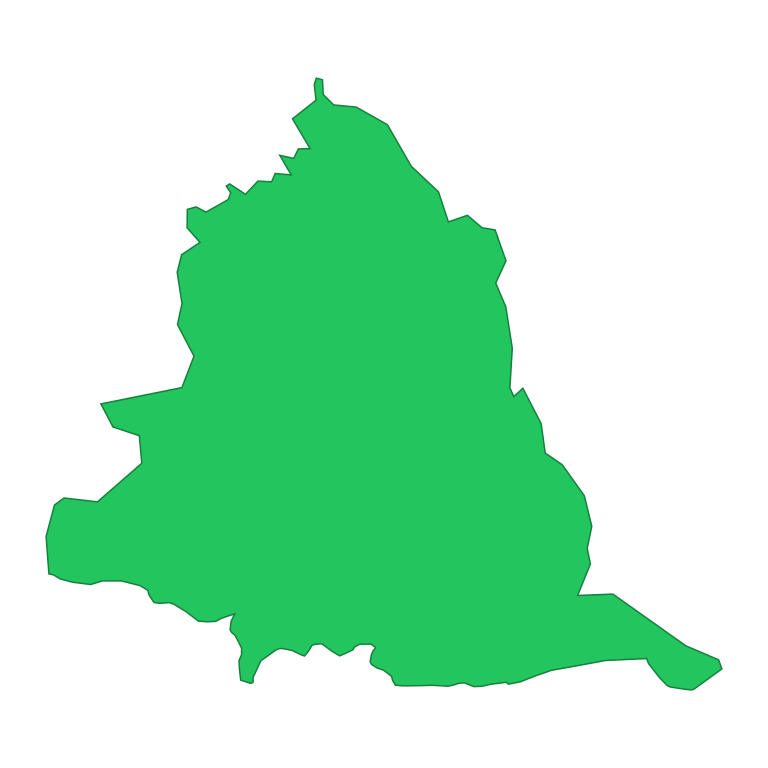 outline of Gevgelija, Gevgelija, North Macedonia
{"feature_id": "65306769B17532316382540", "entity_name": "Gevgelija", "entity_type": "district", "adm_level": 2, "iso_a3": "MKD", "parent_name": "North Macedonia", "parent_adm1": "Gevgelija", "projection": "equal_earth", "projection_center": [22.386, 41.253], "detail": "fine", "context": "isolated", "style": "filled", "palette": "green", "viewbox_px": 768, "rotation_deg": 0, "n_neighbors": 0, "source": "geoboundaries", "source_scale": "gbopen_adm2", "svg_char_len": 2123}
<svg xmlns="http://www.w3.org/2000/svg" viewBox="0 0 768 768"><path d="M181.6,254.7L177.2,272.2L182.0,303.7L177.5,324.6L194.0,356.2L181.9,387.6L100.9,403.9L113.0,427.0L139.3,435.7L141.8,463.2L97.4,501.9L64.1,498.0L54.5,505.0L46.1,536.4L48.9,573.9L53.8,575.0L60.2,578.9L72.4,582.2L90.7,584.5L102.4,580.9L118.0,580.9L121.8,581.0L140.0,585.6L147.9,590.4L148.4,592.9L149.5,595.8L153.9,602.4L159.2,603.3L163.0,603.1L169.2,602.6L173.9,604.3L186.1,611.7L198.4,621.1L206.8,621.8L215.6,621.4L220.6,618.7L226.9,616.4L234.7,613.9L231.1,621.3L230.1,629.9L230.8,631.1L231.3,632.1L232.5,633.2L234.9,635.1L239.4,643.6L241.6,648.2L241.5,654.8L239.0,660.6L239.5,669.7L240.7,680.1L250.3,683.3L253.0,682.6L253.2,680.2L253.0,677.7L260.8,660.9L275.6,650.2L279.6,648.5L283.8,648.7L292.5,650.6L301.3,654.9L304.5,656.0L308.5,651.2L312.0,645.3L314.8,644.4L320.1,643.9L321.9,643.8L332.4,651.6L339.7,655.9L352.7,650.0L354.6,647.0L359.7,644.2L371.1,644.1L374.9,646.9L375.3,648.1L373.6,650.1L371.6,654.1L370.5,659.5L370.2,662.0L371.6,664.5L377.3,668.1L383.0,670.0L384.9,671.2L391.5,676.3L392.7,680.6L395.4,685.2L403.2,685.9L422.4,685.6L432.2,685.3L448.0,686.2L453.4,685.1L458.7,683.3L464.5,682.9L473.9,686.6L481.9,686.3L490.6,684.3L506.3,682.3L508.4,684.2L520.3,681.8L535.1,676.0L551.5,670.3L569.6,667.1L599.5,661.6L601.4,661.2L603.2,660.9L605.5,660.5L628.2,659.4L646.7,658.6L648.5,663.6L659.9,678.1L667.7,686.0L670.7,687.1L686.2,689.4L690.9,689.9L693.5,689.5L721.9,668.9L718.6,659.8L685.8,645.8L612.9,594.1L577.6,595.5L590.4,564.0L587.2,548.4L591.8,526.3L584.3,495.7L562.2,464.7L545.2,453.1L541.2,423.7L522.9,388.3L513.8,396.5L509.9,387.9L512.3,348.2L505.8,306.8L495.7,283.1L506.0,260.8L495.1,229.9L482.1,227.8L467.4,215.3L448.4,221.9L438.5,191.9L411.3,166.3L387.4,124.7L356.2,107.1L333.6,104.9L323.2,94.5L322.5,79.8L316.3,78.1L314.3,84.5L316.0,100.2L292.5,118.8L310.1,148.7L298.4,148.9L293.7,158.4L279.8,155.3L291.2,174.9L275.2,173.5L271.6,181.8L257.9,181.1L245.5,194.3L229.7,183.9L226.3,186.1L230.7,192.8L228.2,199.6L206.0,212.1L196.1,206.9L187.3,209.4L187.1,227.8L200.0,242.4L181.6,254.7Z" fill="#22c55e" stroke="#15803d" stroke-width="1.5"/></svg>